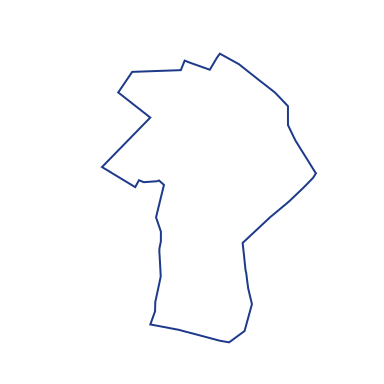 Imbaba, Al Jizah, Egypt, rotated 293°
{"feature_id": "37247803B14597497558400", "entity_name": "Imbaba", "entity_type": "district", "adm_level": 2, "iso_a3": "EGY", "parent_name": "Egypt", "parent_adm1": "Al Jizah", "projection": "albers", "projection_center": [31.208, 30.083], "detail": "fine", "context": "isolated", "style": "outline", "palette": "blue", "viewbox_px": 384, "rotation_deg": 293, "n_neighbors": 0, "source": "geoboundaries", "source_scale": "gbopen_adm2", "svg_char_len": 958}
<svg xmlns="http://www.w3.org/2000/svg" viewBox="0 0 384 384"><g transform="rotate(293 192 192)"><path d="M257.7,298.8L257.8,298.6L258.0,298.1L266.4,286.2L273.8,275.6L279.8,267.1L283.1,263.3L291.1,254.2L303.5,248.9L308.5,246.8L309.6,244.3L313.1,236.2L316.0,229.4L320.4,213.0L320.8,211.3L328.0,185.2L330.2,163.6L325.4,162.5L313.7,160.9L311.5,160.6L310.2,139.1L310.1,133.9L299.8,134.1L279.2,90.0L254.8,85.2L244.2,124.5L179.8,99.4L174.3,137.8L182.1,138.6L182.2,143.8L188.4,155.9L189.7,157.1L187.6,163.4L154.6,168.8L145.9,176.6L143.3,178.9L134.2,182.7L128.5,183.8L126.9,184.2L124.4,185.2L116.4,189.2L107.2,193.7L102.1,196.2L93.0,198.0L76.3,201.2L67.8,204.6L53.8,205.4L60.1,234.4L60.4,236.9L65.9,275.3L68.1,284.9L84.6,294.7L112.2,291.0L125.2,281.4L133.5,276.5L138.4,273.7L141.0,271.8L155.3,263.9L164.9,258.5L199.4,273.8L208.1,278.3L221.2,285.0L238.1,292.3L242.2,294.0L252.3,297.9L255.3,298.4L257.7,298.8Z" fill="none" stroke="#1e3a8a" stroke-width="2"/></g></svg>